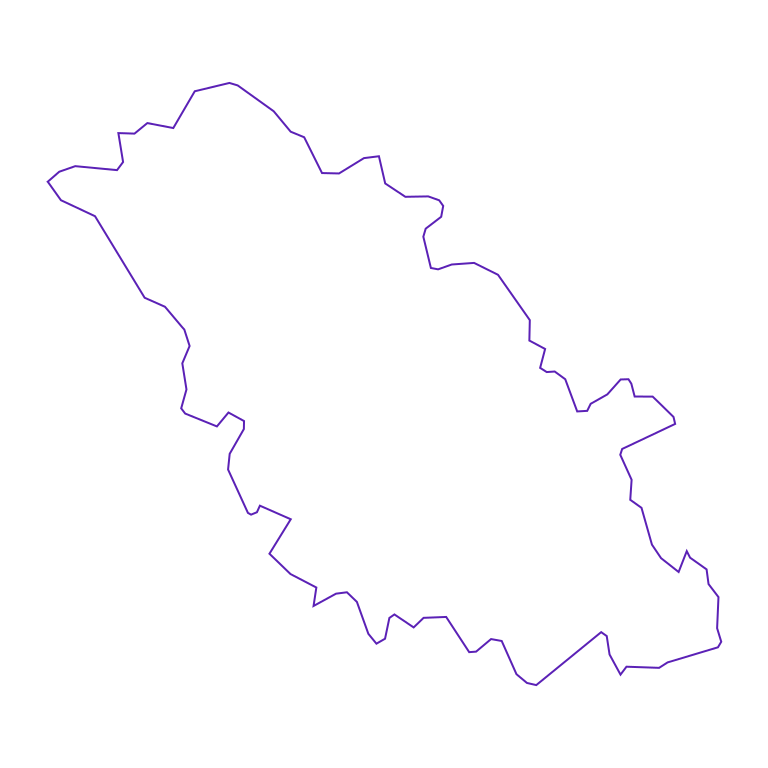 Northamptonshire, Mercator projection, rotated 269°
{"feature_id": "GBR-2749", "entity_name": "Northamptonshire", "entity_type": "Administrative County", "adm_level": 1, "iso_a3": "GBR", "parent_name": "United Kingdom", "parent_adm1": "", "projection": "mercator", "projection_center": [-0.87, 52.306], "detail": "fine", "context": "isolated", "style": "outline", "palette": "violet", "viewbox_px": 768, "rotation_deg": 269, "n_neighbors": 0, "source": "natural_earth", "source_scale": "10m", "svg_char_len": 1606}
<svg xmlns="http://www.w3.org/2000/svg" viewBox="0 0 768 768"><g transform="rotate(269 384 384)"><path d="M491.2,499.9L445.3,530.9L424.9,530.1L416.2,545.7L397.4,540.4L393.1,546.9L393.5,554.9L385.6,565.3L353.2,576.7L353.6,586.7L360.6,590.3L369.7,607.1L384.4,620.7L384.5,628.5L380.0,631.3L367.1,634.4L366.7,652.4L360.0,659.1L346.0,672.9L339.0,674.4L314.9,621.0L309.1,619.0L283.9,629.9L263.9,628.2L255.7,639.3L218.7,649.1L205.0,658.0L190.9,675.3L211.6,683.8L205.0,687.0L193.0,703.3L178.3,705.0L165.1,714.7L134.0,712.8L120.4,716.7L114.9,713.3L100.7,662.7L95.4,654.1L97.1,621.5L89.3,615.4L109.6,604.8L128.1,602.3L132.1,596.8L80.3,531.0L82.6,521.7L91.5,511.4L125.0,497.2L127.1,486.6L114.8,471.4L114.4,464.5L150.0,442.1L149.5,419.5L140.1,409.4L153.4,390.4L150.0,385.3L129.3,380.6L124.5,371.9L134.5,364.0L166.6,353.1L176.4,343.3L175.2,332.4L163.3,309.7L181.7,312.8L195.6,287.2L216.3,266.5L250.4,288.4L264.5,257.8L258.0,254.7L255.7,248.8L257.5,245.7L301.2,226.6L316.9,228.5L341.4,243.1L349.4,243.4L358.2,228.0L344.5,216.2L357.9,184.7L363.2,180.8L382.0,186.4L408.2,182.7L425.4,190.3L441.9,185.3L444.7,182.9L465.0,166.4L474.4,146.2L556.8,98.0L573.4,64.2L591.9,51.5L592.1,51.3L601.9,63.0L607.2,79.1L602.5,120.8L610.5,127.0L639.5,122.8L639.2,129.3L638.7,138.9L649.0,151.9L643.6,177.8L680.0,199.9L687.7,234.7L685.1,242.9L658.6,278.5L637.9,295.1L632.1,308.5L596.0,325.7L595.3,342.7L610.2,367.9L611.8,382.9L584.5,388.7L570.8,408.6L570.8,431.5L566.7,442.4L561.0,446.3L550.2,444.1L538.6,428.4L530.6,425.9L499.2,432.9L497.7,440.1L502.3,453.8L503.5,476.2L491.2,499.9Z" fill="none" stroke="#5b21b6" stroke-width="2"/></g></svg>